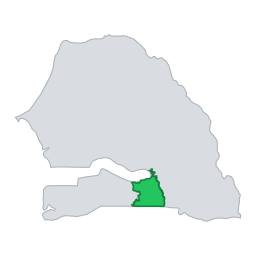 Velingara, Kolda, Senegal (highlighted)
{"feature_id": "50182788B9780593325351", "entity_name": "Velingara", "entity_type": "district", "adm_level": 2, "iso_a3": "SEN", "parent_name": "Senegal", "parent_adm1": "Kolda", "projection": "natural_earth1", "projection_center": [-13.808, 13.111], "detail": "fine", "context": "in_parent", "style": "filled", "palette": "green", "viewbox_px": 256, "rotation_deg": 0, "n_neighbors": 0, "source": "geoboundaries", "source_scale": "gbopen_adm2", "svg_char_len": 7841}
<svg xmlns="http://www.w3.org/2000/svg" viewBox="0 0 256 256"><path d="M207.5,114.9L211.0,121.8L210.2,125.1L209.5,130.0L211.4,133.5L213.7,135.8L215.3,137.9L217.1,140.8L217.4,146.5L217.1,150.7L218.3,152.6L219.3,155.0L219.1,156.9L218.5,158.7L216.3,161.0L215.9,165.3L219.5,170.6L221.8,173.4L221.8,175.0L222.4,176.8L224.1,178.9L225.1,178.4L226.3,176.7L226.8,175.6L229.8,176.1L231.3,176.6L233.3,180.0L234.0,182.3L234.5,185.2L236.5,188.7L238.3,191.2L238.7,192.8L240.3,194.9L239.3,199.7L239.4,202.1L238.4,208.4L238.1,211.4L238.2,212.5L240.6,214.8L240.4,218.0L237.9,217.4L233.6,217.0L225.0,218.7L222.1,218.0L216.4,218.2L212.4,219.2L207.3,221.2L203.4,220.7L201.2,219.1L198.4,219.2L195.2,218.3L191.8,216.7L188.7,215.9L185.4,213.0L183.9,212.5L182.8,213.3L181.8,214.2L180.9,214.8L179.1,214.3L178.4,212.3L178.9,210.4L179.1,208.9L178.3,208.1L176.2,207.9L172.9,207.9L167.6,207.3L166.4,206.9L154.6,206.4L142.3,206.4L131.8,206.3L118.7,206.2L109.4,206.2L100.8,206.2L94.1,210.1L86.9,214.3L77.2,216.5L66.0,215.7L62.4,216.3L58.7,218.2L56.0,219.5L52.1,220.3L47.2,219.7L45.2,220.1L43.9,218.2L42.5,215.0L43.4,212.8L46.4,211.3L51.0,209.4L53.4,210.4L54.8,210.4L55.1,209.2L54.6,208.5L51.2,206.9L49.4,204.6L47.9,205.9L46.6,208.6L45.6,209.4L44.0,210.2L43.1,208.4L42.8,206.6L43.5,205.2L43.1,197.5L43.6,193.3L43.4,189.7L45.5,187.3L47.6,185.8L55.6,185.7L63.0,185.6L70.1,185.7L77.4,185.8L78.2,178.5L80.5,178.0L83.9,177.2L90.4,176.3L97.5,175.5L99.1,174.1L100.2,171.7L101.0,169.5L102.5,168.6L104.5,169.3L107.1,170.5L109.8,172.2L113.0,173.8L115.0,174.8L120.0,177.4L128.6,180.9L135.6,182.3L144.1,179.8L150.2,178.1L151.0,175.0L150.0,172.0L145.5,169.2L139.3,169.5L137.4,170.2L134.5,171.2L132.7,171.5L129.8,170.9L126.1,168.5L123.7,166.1L120.5,164.9L116.6,163.8L110.4,158.8L107.1,157.9L104.1,157.7L98.2,158.6L92.4,161.3L89.4,167.3L83.6,167.3L71.3,167.1L60.1,166.9L50.8,167.3L49.9,162.9L47.7,159.4L44.1,156.4L43.3,153.7L44.6,151.3L48.0,149.3L48.8,147.9L47.0,148.1L44.3,149.4L42.5,149.4L42.2,145.6L39.2,140.7L35.8,132.3L32.0,128.9L28.8,122.2L25.4,119.6L22.3,118.4L19.6,118.6L18.7,121.7L15.4,117.3L19.9,115.7L29.6,110.1L40.8,94.2L50.8,75.3L52.1,70.8L53.3,67.4L54.2,59.7L55.6,55.1L56.9,54.2L58.6,50.7L60.7,44.5L63.0,41.1L65.6,40.4L67.6,40.7L69.0,42.0L73.2,42.8L80.2,43.1L85.6,42.2L89.4,40.0L94.3,38.9L100.5,38.9L103.8,38.0L104.1,36.2L104.9,35.7L106.2,36.4L107.4,36.1L108.6,34.9L109.7,34.8L110.8,35.9L116.0,36.2L125.2,35.8L133.7,39.0L141.5,45.9L145.6,50.5L145.8,52.9L147.1,55.2L149.5,57.5L151.6,58.0L153.6,56.5L155.1,56.6L156.2,58.4L158.4,58.8L160.9,57.7L162.7,58.1L163.0,59.2L163.4,59.7L164.6,60.0L166.2,61.3L168.5,65.0L170.3,70.2L171.8,76.7L173.6,80.3L176.0,80.9L177.3,82.2L177.6,83.8L178.3,84.9L179.4,85.5L181.4,85.1L183.7,87.3L186.2,92.2L186.6,94.3L186.2,95.5L186.4,96.4L188.0,97.2L189.6,98.8L190.9,101.1L193.7,103.2L197.9,105.1L201.0,107.8L202.8,111.5L206.7,114.6L207.5,114.9Z" fill="#d9dde1" stroke="#a8b0b8" stroke-width="1"/><path d="M132.7,206.1L140.6,206.3L162.6,206.3L163.5,206.4L163.7,206.1L163.9,206.1L164.0,205.8L164.3,205.5L164.3,205.4L164.1,205.5L164.1,205.4L164.2,205.1L164.3,205.1L164.2,204.5L164.5,204.3L164.5,204.0L164.4,203.8L164.5,203.5L164.4,203.3L164.2,203.5L164.1,203.4L164.2,203.1L164.4,203.2L164.5,203.2L164.3,202.7L164.5,202.4L164.4,201.7L164.2,201.7L164.1,201.9L164.2,201.7L164.2,201.4L164.4,201.2L164.4,200.9L164.0,200.8L163.9,200.7L163.8,200.1L164.2,199.7L164.2,199.1L163.8,198.9L164.2,198.9L164.5,199.1L164.8,198.9L164.6,198.4L164.3,198.0L164.0,197.9L163.9,197.8L164.3,197.8L164.4,197.6L164.2,197.5L164.3,197.1L164.3,196.8L164.0,196.7L163.8,196.8L163.4,196.5L163.3,196.4L163.0,196.3L163.0,195.9L162.8,195.6L162.7,195.5L163.0,195.5L163.2,195.0L163.2,194.8L163.0,194.5L162.9,194.6L162.9,194.8L162.6,194.8L162.4,194.5L162.7,194.1L163.1,194.0L163.2,193.8L163.2,193.6L162.8,193.7L162.8,193.3L162.6,192.9L162.9,192.5L162.9,192.3L162.8,192.2L162.5,191.8L162.4,191.8L162.2,191.9L162.2,192.0L161.8,192.2L161.7,192.2L161.7,191.9L161.8,191.8L161.9,191.4L162.2,191.3L162.2,191.2L162.2,190.9L161.9,191.0L161.8,190.9L161.7,191.0L161.6,190.9L161.3,190.6L161.3,190.4L161.4,190.2L161.2,190.1L160.9,190.2L160.9,189.8L161.1,189.5L161.0,189.4L160.9,189.2L160.8,189.3L160.7,189.4L160.6,189.6L160.5,189.8L160.2,189.6L160.1,189.1L160.3,189.0L160.3,188.8L160.3,188.7L160.2,188.5L160.0,188.9L159.9,188.8L159.9,188.5L159.9,188.3L159.8,188.1L159.9,187.9L159.7,187.9L159.3,187.7L159.3,186.9L159.5,186.9L159.2,186.8L159.0,186.7L158.9,186.7L158.8,186.8L158.7,186.8L158.7,186.4L159.0,186.3L159.0,186.2L158.8,186.2L158.9,185.7L159.0,185.7L159.1,185.9L159.1,185.6L158.9,185.6L158.8,185.4L158.9,185.2L158.7,185.0L158.8,184.8L158.7,184.7L158.9,184.5L159.0,184.5L159.1,184.3L159.0,184.2L159.1,183.9L158.9,183.9L158.7,183.9L158.8,183.6L159.0,183.6L159.2,183.4L159.2,183.0L158.9,182.9L158.9,182.7L159.0,182.5L159.0,182.3L158.8,182.1L158.7,181.9L158.3,182.1L157.9,182.1L157.7,182.0L157.6,181.8L157.6,181.6L157.6,181.4L157.8,180.9L157.7,180.6L157.4,180.4L156.5,180.6L156.4,180.6L156.0,180.0L156.0,179.6L156.2,179.4L156.3,179.4L156.4,179.2L156.9,178.2L156.9,177.8L156.6,177.8L155.7,178.2L155.5,177.9L155.5,177.7L155.8,177.3L156.0,177.2L156.1,176.9L156.3,176.6L156.6,176.5L156.6,176.3L156.6,176.0L156.0,176.1L155.9,176.0L155.0,176.3L154.6,176.4L154.1,176.6L153.8,176.5L153.2,176.5L152.9,176.4L153.5,175.8L153.8,175.1L153.8,174.7L153.6,174.5L153.5,174.3L153.5,173.8L153.9,173.4L154.0,173.4L154.8,172.9L154.9,172.7L155.0,172.5L154.9,172.4L154.6,172.2L154.2,172.1L154.0,171.9L153.1,171.7L152.8,171.8L152.2,172.5L151.9,172.5L151.8,172.4L151.6,172.0L151.6,171.8L151.7,171.3L152.0,170.8L151.9,170.2L152.1,169.7L152.4,169.3L152.4,169.2L152.2,169.1L151.9,169.2L151.3,169.0L151.2,169.1L151.1,169.5L150.8,170.0L150.8,170.3L150.9,170.7L150.8,170.9L150.0,170.6L149.8,170.6L150.6,171.1L150.7,171.3L151.3,172.8L151.4,172.7L151.7,173.1L152.0,173.3L152.2,173.7L152.3,174.2L152.2,174.7L151.9,176.2L151.4,177.0L151.2,177.4L150.5,178.2L149.5,178.7L148.5,178.9L147.6,178.9L146.4,178.7L146.2,178.8L144.5,180.0L142.8,180.1L142.2,180.0L141.8,180.2L140.4,180.5L140.4,181.6L140.3,182.1L139.8,182.7L139.5,182.9L139.3,183.0L139.0,183.0L138.5,182.9L137.9,182.6L137.5,182.7L137.2,182.9L136.7,183.1L136.0,183.1L135.8,183.0L135.3,182.7L134.9,182.1L134.6,182.2L134.2,182.2L134.0,182.3L133.6,182.2L131.8,182.6L132.4,183.6L133.0,184.7L133.1,185.2L133.2,185.9L133.4,186.4L133.3,187.4L133.0,188.7L132.9,189.4L133.0,189.9L133.1,190.2L133.3,190.5L134.9,190.9L135.3,190.8L135.6,190.6L135.7,190.8L136.1,191.0L136.2,191.3L136.4,191.4L136.5,191.6L136.9,191.4L137.3,191.6L137.5,191.6L137.8,191.8L138.0,191.8L138.1,191.7L138.2,192.0L138.4,192.0L138.5,191.7L138.6,191.8L138.7,191.7L139.1,191.6L139.3,191.4L139.4,191.5L139.5,191.5L139.8,191.7L139.8,192.0L139.9,192.9L140.0,193.2L140.1,193.3L140.4,193.7L140.6,194.1L140.6,194.5L140.2,194.8L139.9,194.8L139.7,194.6L139.4,194.9L139.2,195.3L138.9,195.4L138.3,195.2L138.2,195.3L138.1,196.2L138.2,196.7L138.3,197.3L138.4,197.7L138.7,197.9L139.0,198.0L139.0,198.8L139.0,199.3L139.0,199.5L139.4,200.2L139.3,200.3L139.4,200.8L139.0,200.8L138.8,200.6L138.6,200.2L138.4,200.2L138.3,200.3L138.4,200.5L138.2,200.7L137.8,200.6L137.7,200.5L137.6,200.4L137.9,200.3L137.8,200.2L137.4,200.5L137.2,200.7L137.0,200.3L136.9,200.3L136.7,200.3L136.7,200.2L136.7,199.7L136.9,199.7L136.7,199.4L136.5,199.2L136.4,199.3L136.6,199.4L136.6,199.5L136.4,199.6L136.1,199.8L135.9,199.8L136.0,200.3L135.9,200.5L136.0,200.5L136.1,200.8L135.9,200.8L135.5,201.2L135.3,201.2L135.2,201.3L135.0,201.2L134.8,201.3L134.7,201.6L134.7,201.8L134.8,202.0L134.5,202.4L134.3,202.4L134.2,202.4L134.1,202.2L133.9,202.3L133.9,202.8L133.6,202.9L133.6,203.0L134.0,203.0L134.1,203.5L134.2,203.8L134.3,203.9L134.2,204.0L134.0,204.5L133.8,204.5L133.6,204.5L133.4,204.8L133.3,204.7L133.2,204.3L133.2,204.8L132.9,204.7L132.8,205.0L132.4,205.3L132.2,205.2L132.5,205.8L132.7,206.1L132.7,206.1Z" fill="#22c55e" stroke="#15803d" stroke-width="1.5"/></svg>